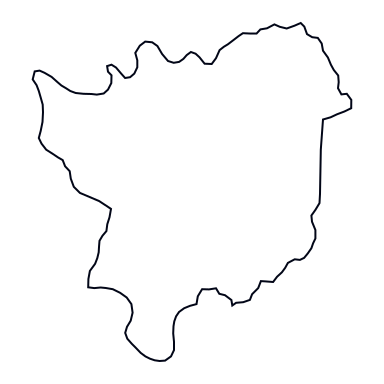 Capinzal, Santa Catarina, Brazil (Mercator projection)
{"feature_id": "56859067B60775282923797", "entity_name": "Capinzal", "entity_type": "district", "adm_level": 2, "iso_a3": "BRA", "parent_name": "Brazil", "parent_adm1": "Santa Catarina", "projection": "mercator", "projection_center": [-51.641, -27.424], "detail": "fine", "context": "isolated", "style": "outline", "palette": "ink", "viewbox_px": 384, "rotation_deg": 0, "n_neighbors": 0, "source": "geoboundaries", "source_scale": "gbopen_adm2", "svg_char_len": 2132}
<svg xmlns="http://www.w3.org/2000/svg" viewBox="0 0 384 384"><path d="M260.4,29.4L256.6,33.5L249.4,33.5L242.9,33.2L238.6,36.1L233.8,39.8L227.9,44.3L223.8,46.8L219.6,50.1L216.0,58.2L211.7,64.0L204.6,63.7L199.5,57.3L195.6,53.7L190.9,52.0L186.7,55.1L183.4,58.9L179.1,61.9L173.7,62.8L168.0,61.0L162.1,54.0L157.4,46.0L152.2,42.3L145.2,41.6L139.8,45.7L135.3,52.9L137.3,60.3L137.3,67.3L134.3,73.6L130.1,77.2L125.1,78.0L121.0,73.4L116.0,67.5L111.5,64.7L107.1,66.1L108.0,71.7L111.5,75.3L111.3,83.1L108.0,89.6L103.7,93.5L96.8,94.6L91.4,94.0L83.5,93.8L75.7,93.0L70.3,91.0L66.1,88.3L61.4,85.5L57.2,81.9L51.6,76.9L44.5,72.8L39.6,70.6L34.7,71.4L32.7,79.4L36.6,85.2L38.8,91.0L40.8,97.9L42.7,104.6L43.0,112.3L42.5,122.0L40.7,130.9L38.8,138.0L41.5,143.6L46.2,149.7L52.8,153.9L58.0,157.4L62.7,160.1L65.1,166.3L69.7,171.2L70.8,178.7L73.8,186.8L79.9,192.9L99.2,201.1L111.0,208.9L109.5,217.3L107.3,224.2L106.4,231.1L102.5,235.7L99.5,240.8L99.0,247.0L98.7,252.3L97.3,258.1L95.1,263.8L89.9,270.9L88.4,279.0L88.2,287.3L94.3,288.1L100.6,287.5L105.8,288.0L112.8,289.2L120.1,292.8L126.7,297.5L131.4,304.1L132.6,312.7L130.7,320.7L127.0,326.8L125.2,332.9L127.3,338.7L131.7,343.7L135.8,347.8L140.7,352.9L145.4,356.4L150.0,358.7L154.7,360.3L159.6,361.0L165.1,360.6L171.0,356.4L174.0,350.1L174.0,341.8L173.2,333.4L173.5,326.2L174.3,321.3L176.1,316.3L179.1,311.9L184.2,308.2L190.1,305.8L196.5,304.1L197.8,296.3L202.1,289.2L209.0,289.4L216.0,288.3L219.3,293.8L225.0,295.2L231.4,300.0L232.3,305.5L236.1,302.8L243.2,302.2L249.9,299.9L252.1,294.2L258.2,288.1L260.9,281.1L265.6,281.4L273.1,282.0L277.1,276.7L281.9,272.3L285.2,267.8L287.9,262.9L294.7,259.3L299.9,259.9L304.1,257.9L307.8,253.4L311.4,248.2L313.1,243.3L315.4,238.5L315.4,230.0L312.0,221.7L311.4,215.5L315.4,209.9L319.5,203.1L320.0,194.0L320.8,149.7L323.0,119.5L330.6,117.3L337.0,114.3L344.4,111.5L351.2,108.2L351.3,99.9L346.8,93.8L341.4,94.4L338.0,88.2L338.7,82.2L338.2,75.5L333.8,70.0L330.9,64.7L327.9,57.5L323.0,50.7L321.7,43.5L317.8,37.9L312.2,37.2L307.0,34.1L304.3,26.6L300.7,23.0L294.5,25.7L286.7,28.5L279.8,26.8L274.4,24.4L267.0,28.3L260.4,29.4Z" fill="none" stroke="#020617" stroke-width="2"/></svg>